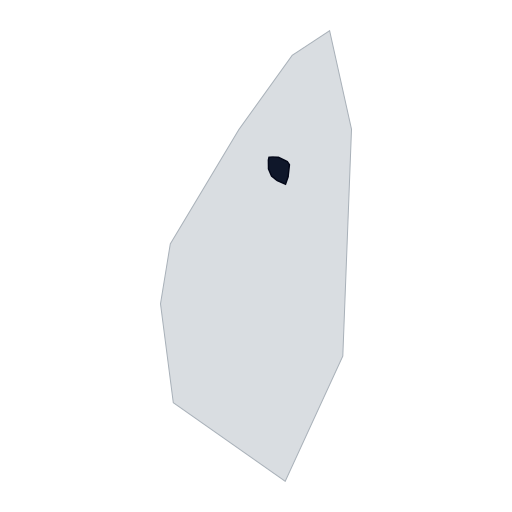 location of Forestiere, Castries, Saint Lucia
{"feature_id": "8701671B66587320665101", "entity_name": "Forestiere", "entity_type": "district", "adm_level": 2, "iso_a3": "LCA", "parent_name": "Saint Lucia", "parent_adm1": "Castries", "projection": "natural_earth1", "projection_center": [-60.956, 13.977], "detail": "fine", "context": "in_parent", "style": "filled", "palette": "ink", "viewbox_px": 512, "rotation_deg": 0, "n_neighbors": 0, "source": "geoboundaries", "source_scale": "gbopen_adm2", "svg_char_len": 612}
<svg xmlns="http://www.w3.org/2000/svg" viewBox="0 0 512 512"><path d="M342.8,356.1L285.2,481.3L173.3,402.7L160.5,303.8L170.3,243.9L238.9,129.5L292.2,55.3L329.6,30.7L351.5,129.3L342.8,356.1Z" fill="#d9dde1" stroke="#a8b0b8" stroke-width="1"/><path d="M288.2,176.3L288.2,176.1L288.2,175.5L288.6,172.1L289.4,164.9L289.4,164.7L287.7,162.2L287.3,161.6L284.3,160.1L278.5,157.3L273.5,157.1L272.9,157.1L272.0,157.1L269.0,157.3L268.4,160.0L268.5,166.9L268.5,168.9L270.9,174.5L271.6,176.1L276.6,180.1L277.3,180.6L285.5,184.2L288.1,176.8L288.1,176.6L288.2,176.3Z" fill="#0f172a" stroke="#020617" stroke-width="1.5"/></svg>